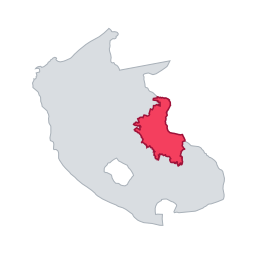 location of North West within South Africa, rotated 82°
{"feature_id": "ZAF-1201", "entity_name": "North West", "entity_type": "Province", "adm_level": 1, "iso_a3": "ZAF", "parent_name": "South Africa", "parent_adm1": "", "projection": "orthographic", "projection_center": [25.686, -26.361], "detail": "fine", "context": "in_parent", "style": "filled", "palette": "rose", "viewbox_px": 256, "rotation_deg": 82, "n_neighbors": 0, "source": "natural_earth", "source_scale": "10m", "svg_char_len": 8821}
<svg xmlns="http://www.w3.org/2000/svg" viewBox="0 0 256 256"><g transform="rotate(82 128 128)"><path d="M184.2,40.2L191.2,39.5L194.2,40.1L197.9,41.7L201.4,42.4L207.3,42.1L209.3,42.4L210.9,43.0L212.0,43.8L213.5,49.8L214.7,56.2L214.6,58.3L214.7,59.1L216.3,61.8L216.8,63.5L217.7,64.9L219.5,71.8L219.7,73.0L219.0,89.4L218.1,91.3L218.3,93.9L217.3,94.2L211.7,90.6L210.7,90.7L209.1,91.9L207.5,93.7L206.8,95.3L203.7,99.6L203.4,102.4L203.5,104.8L204.5,105.0L205.1,106.7L206.5,109.5L209.1,111.4L211.5,112.3L214.8,112.7L217.5,112.7L217.4,110.9L218.3,105.9L222.7,106.8L229.3,107.0L228.7,110.2L225.9,117.4L223.9,125.6L221.7,129.6L220.5,131.3L217.2,134.2L215.5,135.1L214.1,135.4L208.4,141.3L206.3,144.2L204.3,148.5L202.4,150.8L199.6,155.7L194.8,163.0L190.8,167.8L189.1,169.2L187.9,169.8L184.8,172.5L180.5,177.0L177.1,180.9L172.2,185.4L169.4,187.4L165.2,191.3L164.0,191.8L159.3,195.4L155.9,197.6L150.5,200.2L148.3,200.9L143.2,200.2L141.1,200.5L139.3,202.1L139.1,204.3L138.4,204.7L133.7,203.7L131.7,203.8L130.6,205.0L129.7,206.6L127.0,206.7L122.2,205.1L116.6,204.3L115.3,204.2L112.6,205.4L111.7,205.6L107.7,205.4L105.5,204.7L103.4,204.8L101.8,205.4L99.8,205.7L94.7,210.0L92.0,210.1L89.7,210.7L85.5,210.3L84.3,210.6L83.1,211.4L80.3,211.8L79.2,212.5L74.7,216.5L72.7,216.2L70.2,216.3L67.3,214.3L66.3,214.5L66.5,213.9L66.5,212.8L65.5,211.8L64.4,211.9L63.7,211.0L62.1,211.0L60.7,211.3L60.2,207.8L59.5,207.5L57.8,207.5L57.0,207.7L56.6,208.0L56.3,208.9L56.4,211.3L55.8,210.7L55.0,209.2L54.7,207.6L54.8,205.8L56.0,205.0L55.5,202.6L53.2,198.7L51.9,197.9L50.8,195.8L49.8,195.1L49.3,193.7L48.3,192.5L47.8,190.7L48.3,189.6L49.0,189.0L49.9,189.8L51.0,189.4L52.3,188.0L53.1,185.9L52.9,182.6L52.5,180.6L51.0,175.4L50.3,174.2L47.4,170.6L44.0,165.7L39.4,158.0L37.2,153.3L33.6,143.8L30.6,138.5L27.1,133.5L26.7,133.2L27.1,132.6L28.7,131.3L29.5,130.9L29.9,131.0L30.3,130.7L30.6,129.8L30.7,128.0L31.4,126.0L32.0,125.2L33.5,124.5L34.7,125.2L35.2,125.9L35.5,126.8L36.0,127.2L36.8,127.1L37.4,127.6L37.8,128.8L37.8,129.6L37.4,130.2L37.5,130.9L38.1,131.7L38.9,133.5L42.0,134.3L43.8,134.3L45.4,134.7L47.0,135.5L49.6,135.5L53.1,134.9L56.0,134.9L58.3,135.6L60.0,135.7L60.9,135.1L61.4,134.4L61.2,133.4L61.6,132.7L62.8,132.4L63.7,131.6L64.3,130.4L65.9,129.3L68.3,128.4L69.6,128.4L67.3,77.1L72.1,80.4L73.2,82.0L75.6,86.7L78.2,92.6L78.6,95.4L78.6,96.0L76.4,100.0L76.4,101.9L76.7,104.2L77.3,105.3L78.0,105.6L79.6,105.0L82.1,105.5L86.9,105.1L89.3,105.3L89.9,105.1L90.4,104.6L91.0,103.2L91.5,102.8L93.7,102.1L94.7,101.3L96.2,98.6L100.9,94.9L101.4,94.0L104.2,85.4L105.1,84.1L106.4,83.3L109.1,82.6L110.6,82.9L112.3,83.6L114.2,84.9L117.1,87.1L118.0,87.5L120.8,87.5L122.6,89.1L127.9,90.1L129.4,90.0L131.0,89.2L133.7,89.2L136.6,88.6L138.4,87.1L141.8,77.7L142.2,75.6L142.5,75.1L145.3,74.0L148.7,73.2L149.4,72.8L151.5,70.2L154.3,68.0L156.3,60.6L157.6,58.8L158.4,58.1L158.9,58.0L159.6,57.6L160.6,56.7L161.7,56.1L162.9,55.9L163.8,55.3L164.2,54.3L164.8,53.9L165.8,53.9L166.3,53.6L166.5,52.9L168.6,51.3L168.6,50.7L169.8,49.1L172.2,46.7L174.5,45.3L176.6,45.1L180.4,43.9L181.8,42.7L182.7,41.1L184.2,40.2ZM175.3,150.7L178.6,149.5L181.0,147.9L181.6,144.9L183.5,143.1L184.3,141.3L184.9,139.0L183.8,136.4L182.4,135.6L179.7,133.4L178.5,131.9L176.9,130.6L175.8,129.1L173.9,129.5L170.9,130.7L169.1,131.7L167.5,133.0L164.8,133.9L162.1,138.0L161.3,138.9L159.2,141.9L156.3,143.4L156.3,143.9L157.2,146.4L158.5,148.8L159.9,150.8L159.8,152.1L160.2,153.0L161.5,153.7L163.5,156.3L164.6,157.1L167.7,157.7L168.2,157.6L169.1,156.1L169.2,155.1L171.4,151.9L172.4,150.9L175.3,150.7Z" fill="#d9dde1" stroke="#a8b0b8" stroke-width="1"/><path d="M147.8,73.3L148.8,73.5L148.8,74.6L148.9,75.0L149.2,75.6L149.3,75.9L149.4,76.0L151.6,76.2L151.9,76.3L152.6,76.7L152.9,76.8L153.2,76.8L153.4,76.8L154.2,76.3L155.6,75.7L156.2,75.3L156.3,75.0L156.5,74.9L156.8,74.9L156.9,75.2L157.1,76.6L157.4,77.1L157.8,77.4L158.2,77.8L158.5,78.4L158.6,78.6L160.0,78.8L161.0,79.5L161.9,79.6L162.5,79.5L162.7,80.1L162.8,80.2L163.1,80.2L163.7,79.3L163.8,79.0L163.8,78.7L164.2,78.4L164.8,78.4L165.3,78.9L165.7,78.6L165.9,78.6L167.8,78.9L168.0,78.8L168.3,78.7L168.6,78.6L169.2,78.8L169.8,78.9L170.2,79.0L171.2,79.5L171.6,79.7L171.8,80.0L171.7,80.4L171.6,80.6L171.5,80.8L171.2,80.8L171.0,80.7L170.5,80.4L170.4,80.4L170.1,80.5L170.0,81.0L170.3,81.2L170.5,81.4L170.6,81.7L170.7,81.8L171.0,81.9L171.4,81.8L171.9,82.1L172.6,83.4L172.5,83.7L171.9,83.8L171.5,83.4L171.1,83.5L171.1,84.0L170.8,84.1L170.2,84.1L169.5,84.5L169.0,83.9L168.5,83.9L168.3,84.6L168.5,84.9L168.8,84.8L169.3,85.4L169.0,85.6L168.9,86.1L169.6,86.4L169.4,86.7L168.7,86.5L168.4,87.1L168.5,87.2L168.6,87.6L168.3,87.9L168.3,88.8L168.4,89.1L168.2,89.3L168.1,89.8L168.1,90.1L167.8,90.4L167.4,90.6L167.2,90.7L165.4,91.1L165.1,90.9L164.7,90.9L164.4,90.6L164.3,90.0L162.8,90.6L162.0,91.1L161.8,92.8L161.3,94.1L161.1,94.4L160.7,94.5L160.4,94.8L159.8,94.7L160.2,96.7L158.5,98.0L158.9,98.7L159.0,99.7L158.7,99.9L158.1,100.0L158.2,100.4L158.3,100.5L159.0,100.7L159.1,101.6L160.3,101.3L160.4,100.9L160.5,100.8L160.9,100.9L160.9,101.3L161.3,101.7L161.7,101.5L162.3,101.7L163.0,101.8L163.3,102.5L163.7,102.5L163.4,103.1L163.2,103.1L163.3,103.4L163.0,103.4L162.7,103.5L162.4,104.4L162.1,105.0L161.9,105.0L161.0,105.2L160.8,105.2L160.4,104.8L160.3,104.7L159.9,104.8L159.6,105.0L159.1,105.6L158.6,106.0L158.3,106.1L158.2,106.0L158.3,105.7L158.1,105.6L157.8,105.6L156.6,105.7L156.1,105.6L155.6,105.3L155.4,104.9L155.2,104.7L155.0,104.9L155.0,105.1L155.0,106.0L154.7,105.8L154.3,105.4L154.0,105.6L153.8,105.8L153.5,105.6L153.3,105.8L153.0,105.9L152.8,106.0L152.4,106.4L152.2,106.8L152.0,106.7L151.6,106.6L151.4,106.7L151.2,106.8L150.9,107.2L150.8,107.3L150.8,107.9L150.6,108.1L150.4,108.0L150.2,108.0L149.9,108.4L149.7,108.5L148.9,108.7L148.7,109.1L149.0,109.5L149.4,109.8L149.6,110.1L149.6,110.9L149.6,111.0L149.5,110.9L149.4,111.0L149.2,111.3L149.2,111.5L149.8,111.9L149.9,112.0L148.7,112.1L148.4,112.0L148.1,112.0L147.9,112.0L147.7,112.4L147.6,112.5L147.3,112.3L147.0,112.4L146.7,112.5L146.5,112.8L146.4,113.2L146.4,113.4L146.4,113.5L145.9,113.7L144.8,114.8L144.5,115.1L144.2,115.8L144.2,116.0L144.4,116.3L144.4,116.5L144.2,116.6L143.8,116.5L143.7,116.3L143.6,115.6L142.5,115.2L142.0,115.3L141.8,115.1L141.5,114.7L141.3,114.7L141.1,114.7L139.8,115.4L139.4,115.7L139.3,115.9L139.2,116.0L138.9,115.9L138.5,115.7L138.4,115.7L138.3,115.8L138.1,116.0L137.8,116.2L137.6,116.2L137.4,116.1L137.2,116.3L136.4,116.5L136.2,116.6L135.2,117.5L134.6,117.6L134.3,118.0L134.2,118.1L134.2,118.4L134.0,118.9L133.8,119.1L133.5,119.2L133.3,119.5L133.0,119.5L132.8,119.6L132.4,120.3L132.4,120.5L132.2,121.0L131.9,121.4L131.5,121.3L131.4,121.5L131.0,121.6L130.7,121.8L130.6,122.0L130.4,121.9L129.0,119.3L131.5,116.5L131.3,116.3L131.1,116.2L130.8,116.2L128.9,116.2L128.6,116.1L128.4,115.9L128.5,115.6L128.6,115.2L128.2,115.2L128.0,115.5L127.4,115.6L127.2,115.8L127.1,116.0L127.1,116.3L127.2,116.5L127.4,116.7L127.5,116.8L127.2,117.1L127.2,117.6L127.4,117.8L127.4,118.2L127.2,118.5L126.9,118.6L126.7,119.0L126.5,119.3L126.5,119.6L126.5,120.2L126.4,120.6L125.8,121.2L125.7,121.5L125.3,122.0L124.3,121.2L124.3,120.9L124.4,120.6L124.4,120.3L124.0,119.9L123.8,119.7L123.5,119.7L123.4,119.5L123.3,119.2L123.6,118.6L124.0,118.2L124.3,117.6L123.9,117.3L124.2,116.5L123.8,116.2L120.2,117.1L119.9,116.4L120.2,115.5L119.3,114.9L119.2,114.1L119.1,113.8L119.2,113.3L119.8,111.7L118.9,111.4L118.6,111.1L117.4,110.3L118.2,108.1L118.8,107.6L118.9,106.9L118.5,105.5L117.7,104.8L117.0,104.8L116.7,105.1L112.3,103.1L113.3,101.4L111.8,100.2L109.4,99.6L109.6,97.7L108.8,96.6L109.7,94.9L108.7,94.6L108.8,93.7L110.3,94.0L110.6,93.1L107.1,92.7L106.7,94.3L105.8,94.2L105.8,95.2L104.9,95.1L104.1,98.5L103.7,99.2L102.3,98.7L102.2,94.8L101.2,94.6L101.7,93.7L101.7,93.3L101.8,93.2L102.1,93.1L102.3,93.0L102.4,92.8L102.5,92.2L102.4,91.9L102.4,91.7L102.2,91.5L102.3,91.2L102.8,90.8L102.9,90.6L102.8,90.3L102.7,90.1L102.6,89.9L102.6,89.6L102.8,89.3L103.3,88.6L103.5,88.1L103.4,87.8L103.4,87.7L103.7,87.5L103.6,87.3L103.4,87.0L103.4,86.9L103.6,86.6L103.8,85.7L104.2,85.4L104.3,85.3L104.5,84.7L104.7,84.4L105.2,84.2L105.3,83.8L105.8,83.3L106.1,83.1L106.4,83.2L106.5,83.4L106.6,83.5L106.9,83.3L107.8,82.8L108.4,82.6L109.1,82.6L109.7,82.7L110.5,82.9L111.3,82.7L111.5,82.8L112.0,83.4L112.8,83.8L114.2,84.8L114.4,85.1L115.1,85.3L115.5,85.9L116.0,86.1L116.4,86.7L117.0,87.1L117.2,87.4L117.5,87.5L118.1,87.4L118.5,87.6L118.5,87.8L120.1,87.5L120.7,87.4L121.3,87.8L122.2,88.8L122.7,89.2L123.3,89.3L123.9,89.1L124.2,89.1L125.7,89.6L126.4,90.1L126.8,90.2L127.7,90.0L128.5,90.2L128.9,90.2L129.6,90.0L129.9,89.9L130.6,89.3L131.2,89.0L131.7,88.9L132.2,89.0L132.7,89.2L133.3,89.3L135.9,89.0L136.8,88.5L138.4,87.2L138.7,86.4L139.4,84.7L139.8,82.9L140.9,80.4L141.2,79.5L141.6,78.8L141.6,78.3L142.0,77.4L142.1,77.0L142.1,76.4L142.0,75.4L142.0,75.1L142.6,74.8L143.2,74.9L143.8,74.5L147.2,73.4L147.8,73.3Z" fill="#f43f5e" stroke="#9f1239" stroke-width="1.5"/></g></svg>